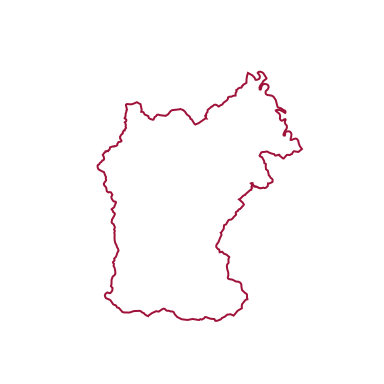 Bolívar, Valle del Cauca, Colombia (Robinson projection), rotated 298°
{"feature_id": "7082276B19709317443254", "entity_name": "Bolívar", "entity_type": "district", "adm_level": 2, "iso_a3": "COL", "parent_name": "Colombia", "parent_adm1": "Valle del Cauca", "projection": "robinson", "projection_center": [-76.334, 4.364], "detail": "fine", "context": "isolated", "style": "outline", "palette": "rose", "viewbox_px": 384, "rotation_deg": 298, "n_neighbors": 0, "source": "geoboundaries", "source_scale": "gbopen_adm2", "svg_char_len": 6038}
<svg xmlns="http://www.w3.org/2000/svg" viewBox="0 0 384 384"><g transform="rotate(298 192 192)"><path d="M245.4,105.3L245.3,103.9L245.4,101.2L242.2,98.6L240.8,97.1L239.1,93.2L238.1,92.7L237.6,92.9L234.1,96.0L233.2,95.8L232.3,96.3L230.1,96.6L227.3,97.9L225.6,97.7L225.3,98.2L225.5,98.9L224.7,100.3L223.6,100.6L222.0,99.9L221.5,100.9L219.9,102.2L218.4,102.8L217.6,103.7L216.1,103.4L214.8,103.7L214.5,103.0L213.5,102.8L213.0,103.0L212.2,102.8L211.2,103.4L209.6,102.7L206.9,102.5L206.3,103.1L205.7,103.2L204.3,105.5L203.9,105.8L202.9,105.4L201.9,104.0L201.3,103.6L199.3,103.5L198.4,104.0L198.0,103.9L196.6,103.0L196.1,101.9L195.4,101.7L195.1,100.7L193.0,98.7L191.1,99.2L189.8,98.9L189.3,98.5L188.7,98.7L188.4,97.8L187.6,97.3L187.4,96.6L186.7,96.8L185.8,96.2L182.8,95.8L181.7,97.5L180.1,98.8L179.4,99.0L178.5,98.8L177.6,98.0L175.9,97.8L174.7,97.1L172.9,97.1L171.9,96.3L170.7,96.3L169.1,97.5L168.1,98.8L168.0,101.6L168.2,105.0L165.9,107.5L164.8,109.1L163.6,109.4L162.0,110.7L158.5,110.2L157.7,110.4L156.8,111.2L155.7,114.1L152.6,116.5L152.4,118.3L153.3,119.4L153.6,120.7L152.2,123.0L149.9,123.0L148.4,124.2L147.1,126.7L147.0,127.4L147.6,129.1L147.1,129.8L142.0,130.4L139.1,129.1L138.3,130.7L137.4,131.6L136.9,133.8L136.5,134.2L134.6,134.5L130.2,134.3L127.4,135.3L126.9,136.4L126.7,138.0L125.4,139.5L125.2,140.0L124.3,140.6L122.3,140.8L121.4,142.2L119.5,142.5L118.4,143.5L114.6,145.4L112.2,147.0L110.9,148.3L109.5,150.4L108.5,151.2L107.0,153.5L105.6,154.7L103.7,154.6L99.3,155.3L96.6,154.6L95.9,155.3L94.9,155.7L93.6,155.2L92.6,155.3L91.9,156.8L89.8,157.5L88.9,159.0L86.4,161.2L83.8,162.7L82.5,162.7L80.0,161.7L76.7,162.2L72.6,164.3L70.8,164.6L69.9,167.0L69.0,167.2L68.1,167.8L66.2,167.8L64.3,167.3L63.9,166.5L63.5,164.4L61.5,163.4L59.8,163.6L59.1,164.1L57.9,165.8L58.2,170.0L58.0,171.1L55.9,175.0L55.8,176.4L56.2,177.6L55.7,178.9L54.9,180.0L55.3,181.9L53.4,186.9L53.8,188.7L56.3,193.5L59.6,196.6L62.4,201.4L62.7,202.9L62.3,204.1L62.4,206.6L61.9,207.6L61.6,209.6L61.8,211.6L62.6,211.7L66.3,213.5L69.9,216.3L70.8,218.8L74.6,220.8L75.7,221.7L76.0,222.9L75.4,224.7L75.4,225.6L76.2,227.1L76.5,229.1L77.3,230.8L77.3,232.3L75.9,234.3L74.7,237.6L74.8,242.6L76.9,248.1L80.2,252.2L82.1,257.9L82.5,258.5L83.6,259.0L84.0,260.6L86.3,262.0L87.4,262.1L88.1,262.8L88.7,267.5L90.3,271.5L89.3,272.9L89.3,273.3L90.1,274.7L93.2,277.3L94.6,277.5L97.5,279.6L100.3,280.7L102.2,283.6L102.4,286.8L108.4,288.0L112.8,290.6L114.8,289.4L116.5,288.9L121.4,289.8L122.5,290.4L123.3,291.3L125.0,289.9L127.0,288.9L127.7,288.0L127.8,286.2L128.9,282.3L130.9,280.6L133.7,278.8L134.6,277.2L134.6,275.1L133.6,272.9L133.6,268.8L132.5,265.7L132.6,264.3L133.2,263.8L135.5,263.2L137.9,261.8L140.7,259.1L143.0,257.5L144.5,257.1L146.7,257.5L149.7,255.7L152.1,255.4L152.9,251.7L152.5,249.1L153.4,246.8L151.8,244.7L153.9,243.1L153.9,241.5L154.7,239.4L155.7,238.7L157.5,238.4L159.8,238.9L165.3,238.3L167.5,238.3L168.4,237.9L169.5,236.5L169.9,236.8L174.3,237.3L177.7,235.9L179.5,237.3L184.1,237.4L184.7,237.7L186.1,239.5L187.4,240.2L189.6,240.6L192.7,241.6L194.0,240.4L195.2,240.3L196.8,241.4L198.4,241.4L199.7,242.5L204.2,243.6L205.3,243.7L206.4,241.9L207.6,237.0L208.5,237.7L213.1,239.1L214.5,240.4L215.2,240.3L221.1,242.5L221.7,243.3L222.7,243.0L223.7,243.1L224.1,242.3L224.6,242.0L225.8,242.3L226.5,241.4L226.9,241.4L227.3,240.0L228.0,240.6L228.3,241.3L227.5,241.9L226.2,244.1L226.6,244.2L226.8,245.4L226.6,245.5L226.9,245.9L226.6,246.2L227.2,247.6L226.8,248.7L227.4,250.1L227.3,250.6L229.4,253.1L229.6,254.4L230.7,255.4L232.7,256.1L235.3,255.1L236.0,256.4L238.6,258.3L240.6,257.5L241.3,256.2L241.5,254.7L242.6,252.9L242.7,252.1L246.4,249.0L246.8,246.7L249.3,245.0L251.3,244.2L251.6,242.1L253.1,241.3L255.2,238.2L255.7,237.1L255.3,235.7L255.8,234.6L259.4,234.6L260.4,235.5L261.7,237.6L263.0,239.2L263.0,241.5L263.3,244.2L264.0,246.8L263.3,247.9L263.3,248.7L265.9,251.4L265.9,251.7L265.1,252.4L265.0,253.8L264.4,256.3L264.6,257.2L269.2,258.3L269.8,259.2L270.6,261.1L271.8,261.7L272.4,262.4L274.3,262.4L275.8,262.8L277.3,267.1L281.6,268.9L283.2,265.6L284.9,263.6L287.2,261.7L288.1,259.7L287.8,258.4L286.7,257.1L284.9,255.7L284.3,254.7L285.3,254.1L287.8,253.5L289.8,252.6L290.8,251.5L291.2,250.3L291.1,249.1L289.9,247.2L289.0,246.6L288.0,246.6L285.5,247.5L285.0,246.8L285.2,246.1L286.2,245.6L289.7,245.4L291.9,245.8L293.6,245.5L295.1,244.5L295.8,242.7L296.8,241.5L297.9,240.9L299.7,240.8L300.1,240.2L299.6,239.4L297.4,238.3L297.0,237.4L297.2,236.3L298.1,235.1L300.5,234.2L301.5,233.2L302.2,232.1L302.7,229.3L303.0,228.1L303.4,227.7L304.5,228.5L305.5,230.7L305.8,233.3L305.5,237.1L306.1,237.2L307.1,236.6L307.5,235.7L307.3,234.6L307.7,231.2L307.1,228.4L307.3,227.6L312.5,222.8L314.4,219.3L314.5,217.0L313.1,213.2L313.1,211.6L313.4,211.0L314.6,210.1L315.6,209.8L318.5,210.7L320.4,210.5L321.8,209.4L322.2,208.3L321.8,205.6L320.3,204.2L318.5,203.7L314.9,204.6L314.4,204.2L314.4,203.6L315.9,202.5L317.9,202.3L321.5,202.9L323.5,202.9L326.9,204.5L327.4,204.4L330.4,199.2L330.6,197.9L330.3,195.8L329.4,194.5L328.0,194.1L326.7,196.9L325.5,197.9L324.6,198.2L323.2,198.1L321.4,196.5L320.9,195.4L322.4,193.4L323.3,190.6L323.4,185.5L320.8,186.0L317.6,187.0L313.9,188.8L310.6,186.8L310.0,187.0L308.8,186.4L308.0,186.7L307.3,186.6L306.5,185.3L305.2,184.2L303.7,183.9L302.7,183.2L301.6,184.2L300.0,184.0L297.6,185.2L296.3,183.2L294.7,182.1L293.8,180.4L292.7,179.6L292.4,179.4L291.1,180.0L289.5,179.8L285.5,177.9L283.5,177.7L281.4,176.1L280.6,175.9L279.9,175.2L280.3,174.0L280.3,172.4L279.9,171.3L279.4,170.7L276.8,169.6L276.4,169.0L275.6,168.9L271.8,167.3L269.9,168.1L268.6,167.8L266.6,168.0L266.4,168.5L265.7,168.7L265.6,167.9L265.3,167.9L263.7,170.3L263.3,169.3L256.0,165.6L253.1,163.2L253.4,162.0L256.0,157.6L255.9,156.2L256.7,155.6L257.5,154.5L258.0,151.2L259.7,147.9L260.2,145.7L259.8,142.8L258.9,141.8L254.8,135.9L253.3,135.1L249.6,134.5L246.9,133.0L244.7,127.4L244.6,126.2L243.8,124.9L241.9,124.6L240.7,123.9L237.8,124.0L237.3,123.2L236.9,120.4L237.1,119.0L238.5,117.8L238.2,113.8L239.6,111.8L239.6,110.9L239.0,109.5L241.1,108.9L245.4,105.3Z" fill="none" stroke="#9f1239" stroke-width="2"/></g></svg>